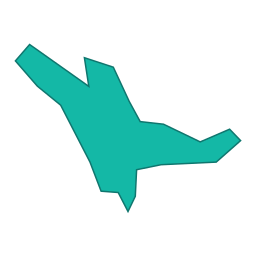 an SVG outline of Malabon
{"feature_id": "PHL-5546", "entity_name": "Malabon", "entity_type": "Highly Urbanized City", "adm_level": 1, "iso_a3": "PHL", "parent_name": "Philippines", "parent_adm1": "", "projection": "mercator", "projection_center": [120.966, 14.665], "detail": "fine", "context": "isolated", "style": "filled", "palette": "teal", "viewbox_px": 256, "rotation_deg": 0, "n_neighbors": 0, "source": "natural_earth", "source_scale": "10m", "svg_char_len": 381}
<svg xmlns="http://www.w3.org/2000/svg" viewBox="0 0 256 256"><path d="M29.6,44.5L88.8,86.4L84.4,57.7L113.3,67.2L129.2,101.4L140.2,121.6L163.5,124.2L200.2,141.9L229.6,129.2L240.6,140.6L216.2,162.1L161.1,164.7L136.6,169.7L135.3,196.3L128.0,211.5L118.2,192.5L101.1,191.2L90.0,162.1L60.7,105.2L37.4,86.2L15.4,60.9L29.6,44.5Z" fill="#14b8a6" stroke="#0f766e" stroke-width="1.5"/></svg>